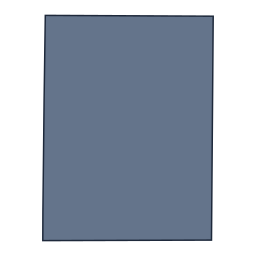 Hamilton, Illinois, United States of America (Albers equal-area conic projection)
{"feature_id": "52423323B64149678111628", "entity_name": "Hamilton", "entity_type": "district", "adm_level": 2, "iso_a3": "USA", "parent_name": "United States of America", "parent_adm1": "Illinois", "projection": "albers", "projection_center": [-88.539, 38.082], "detail": "fine", "context": "isolated", "style": "filled", "palette": "slate", "viewbox_px": 256, "rotation_deg": 0, "n_neighbors": 0, "source": "geoboundaries", "source_scale": "gbopen_adm2", "svg_char_len": 222}
<svg xmlns="http://www.w3.org/2000/svg" viewBox="0 0 256 256"><path d="M211.5,240.1L211.5,239.6L213.2,16.2L45.3,15.4L44.1,100.0L42.9,212.2L42.8,240.6L211.5,240.1Z" fill="#64748b" stroke="#1e293b" stroke-width="1.5"/></svg>